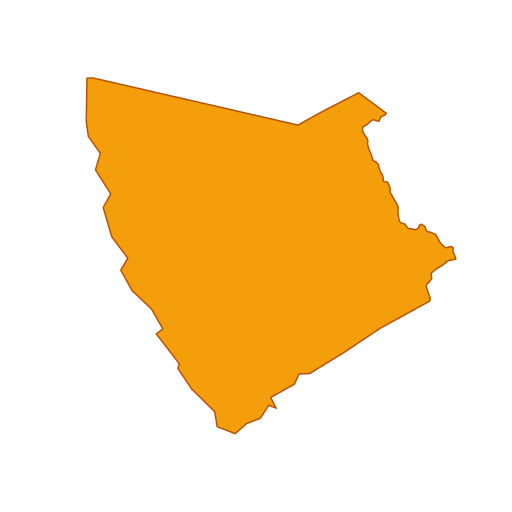 Greene, Tennessee, United States of America, rotated 280°
{"feature_id": "52423323B75014079638055", "entity_name": "Greene", "entity_type": "district", "adm_level": 2, "iso_a3": "USA", "parent_name": "United States of America", "parent_adm1": "Tennessee", "projection": "equal_earth", "projection_center": [-82.804, 36.17], "detail": "fine", "context": "isolated", "style": "filled", "palette": "amber", "viewbox_px": 512, "rotation_deg": 280, "n_neighbors": 0, "source": "geoboundaries", "source_scale": "gbopen_adm2", "svg_char_len": 1587}
<svg xmlns="http://www.w3.org/2000/svg" viewBox="0 0 512 512"><g transform="rotate(280 256 256)"><path d="M419.2,359.5L434.6,328.8L423.9,314.7L410.2,296.7L395.2,278.2L392.2,274.8L403.0,64.5L401.7,58.7L359.3,65.4L344.7,70.1L330.0,84.9L313.0,82.9L291.9,102.2L277.2,97.1L249.9,110.6L231.6,130.1L218.6,125.3L200.4,139.9L185.8,162.1L168.1,176.9L161.9,171.4L136.7,199.0L131.6,198.7L113.8,215.8L95.6,242.3L81.2,247.4L77.4,266.3L89.4,275.9L97.0,288.5L111.2,294.4L109.8,302.1L119.2,295.0L136.5,316.1L147.4,318.9L149.5,329.2L176.4,359.5L206.5,391.0L241.7,434.8L242.6,435.1L245.2,434.7L250.5,431.5L256.3,428.7L258.4,429.3L259.2,430.4L264.4,432.9L269.3,431.6L270.9,432.6L276.1,437.4L276.9,438.7L280.9,442.8L282.8,444.4L283.5,444.4L285.2,447.0L287.3,452.7L287.7,453.3L291.2,451.5L294.2,449.3L295.5,449.0L297.9,449.0L299.1,447.6L299.2,446.7L297.4,442.5L297.2,441.3L297.4,440.5L300.6,435.5L308.4,429.1L309.8,423.5L309.7,420.9L310.2,419.8L311.0,419.0L314.2,417.4L316.0,413.4L315.0,411.9L313.7,411.2L312.7,411.5L311.8,411.3L309.6,408.8L309.7,401.4L309.7,400.7L313.3,397.1L313.7,393.5L314.5,392.1L315.3,391.0L321.7,388.7L325.4,387.8L328.2,387.7L330.9,386.3L341.8,377.1L344.2,376.4L345.9,376.6L351.3,373.0L351.7,371.8L351.6,369.7L351.8,368.4L356.4,367.2L359.0,365.4L360.3,363.8L367.6,360.4L369.6,357.7L370.1,355.3L370.8,354.5L377.2,351.1L379.9,349.1L383.3,347.4L386.6,346.1L388.1,346.4L390.8,345.2L394.8,341.2L398.6,338.8L401.6,338.9L403.9,341.8L409.8,346.5L410.6,348.0L410.1,350.4L410.1,353.8L412.8,354.2L415.2,355.4L417.3,358.5L419.2,359.5Z" fill="#f59e0b" stroke="#b45309" stroke-width="1.5"/></g></svg>